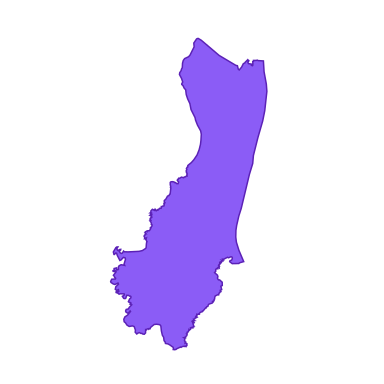 the district of Ban Phaeng, Nakhon Phanom, Thailand, rotated 34°
{"feature_id": "78962969B32872774308874", "entity_name": "Ban Phaeng", "entity_type": "district", "adm_level": 2, "iso_a3": "THA", "parent_name": "Thailand", "parent_adm1": "Nakhon Phanom", "projection": "robinson", "projection_center": [104.227, 17.874], "detail": "fine", "context": "isolated", "style": "filled", "palette": "violet", "viewbox_px": 384, "rotation_deg": 34, "n_neighbors": 0, "source": "geoboundaries", "source_scale": "gbopen_adm2", "svg_char_len": 6111}
<svg xmlns="http://www.w3.org/2000/svg" viewBox="0 0 384 384"><g transform="rotate(34 192 192)"><path d="M273.8,220.8L263.5,214.1L256.9,208.8L253.5,204.9L249.9,199.3L247.7,194.7L244.2,185.6L242.0,178.1L229.7,145.2L226.4,134.4L222.5,127.4L216.2,110.0L210.9,93.6L206.9,84.0L197.8,66.7L193.3,61.0L184.5,52.0L177.9,43.4L173.3,46.1L172.3,46.2L171.7,47.0L169.4,48.5L169.9,49.2L169.4,49.9L170.7,51.5L171.6,53.2L171.4,53.6L170.3,53.7L169.8,52.7L167.0,54.0L165.8,53.2L165.8,51.4L165.3,51.2L164.9,51.8L164.2,51.3L163.5,54.9L163.7,55.3L162.8,56.9L163.3,60.7L162.9,64.4L161.7,64.3L159.0,61.9L157.5,62.5L138.1,63.6L114.8,61.0L111.3,61.2L110.6,61.8L110.2,62.6L110.2,67.5L112.6,70.5L113.8,79.6L113.5,81.8L111.3,85.5L111.2,87.8L112.1,90.5L114.4,94.3L114.6,96.2L115.1,97.2L115.1,99.9L115.9,101.6L119.8,103.7L122.8,106.0L123.0,108.1L123.4,108.6L125.0,108.8L127.5,110.3L129.6,110.8L132.8,114.5L136.3,117.2L140.8,119.9L145.1,124.2L152.9,128.6L154.7,130.4L159.2,133.5L165.0,136.5L167.4,138.9L170.6,144.3L172.4,147.8L174.3,153.0L175.5,158.5L175.5,164.2L175.0,168.0L173.7,172.3L174.5,173.7L174.1,174.2L174.3,175.8L175.1,176.2L175.4,177.9L176.5,178.5L176.5,179.0L178.0,179.7L178.0,180.4L178.9,181.4L178.4,181.6L178.2,182.9L177.2,183.9L177.1,184.8L174.9,185.6L174.1,187.5L173.3,187.9L173.5,189.2L173.0,189.6L173.3,190.6L175.3,191.2L175.8,192.9L174.7,193.6L173.0,193.4L172.4,193.9L171.6,193.7L170.3,194.2L168.9,195.2L168.6,196.2L169.8,198.0L171.4,199.5L171.7,200.4L172.2,200.5L175.0,205.9L174.7,206.4L174.9,207.8L174.0,209.1L174.3,212.4L173.8,214.6L174.6,215.8L175.2,215.8L175.2,216.9L175.6,216.7L175.8,218.1L176.2,218.3L176.5,219.3L175.6,220.0L175.4,220.8L174.7,221.2L175.5,222.8L174.2,223.7L174.3,224.5L173.5,225.6L173.9,226.1L173.1,226.7L173.0,227.3L171.2,226.9L171.6,227.9L170.8,227.9L170.9,228.3L168.8,228.5L168.5,230.7L169.3,231.9L169.0,232.7L170.0,232.2L170.1,233.4L170.6,233.3L170.3,234.2L170.9,234.4L170.5,234.9L171.2,234.8L171.5,233.9L171.8,234.9L172.4,235.1L172.2,235.4L172.7,235.8L171.9,236.7L172.4,236.5L172.1,237.2L172.4,238.0L172.8,237.9L173.1,238.6L173.6,238.6L173.3,239.3L174.0,239.2L174.0,239.7L175.7,240.4L176.4,241.7L177.3,241.6L177.8,242.5L177.7,243.9L178.1,244.4L177.5,244.9L178.4,246.3L178.2,248.0L176.6,249.2L176.8,249.8L176.4,249.7L175.6,251.1L176.2,251.9L176.0,252.1L177.3,252.4L176.8,252.8L177.2,253.7L176.8,254.2L176.9,255.4L178.5,256.4L178.7,257.1L179.4,256.2L179.3,257.1L179.8,257.2L180.2,256.4L180.7,257.4L182.5,258.4L182.4,258.8L183.2,260.5L185.1,263.8L185.1,264.8L183.6,268.3L181.3,270.8L172.5,277.4L169.3,279.4L168.3,279.2L168.4,281.7L167.7,282.5L166.6,282.6L164.8,281.9L165.3,280.0L165.0,279.4L164.2,280.1L163.5,281.6L163.1,282.0L161.4,281.2L161.3,279.0L160.4,279.6L160.0,280.7L160.3,285.7L162.2,287.4L162.6,287.2L162.9,285.2L163.7,284.9L165.6,286.4L170.5,289.1L171.2,287.9L171.7,284.6L173.2,284.0L174.4,284.8L176.0,289.8L177.2,290.5L173.9,291.9L172.8,293.9L173.0,295.7L174.2,297.1L174.0,298.0L173.1,298.4L171.8,297.2L170.2,299.0L171.1,300.2L170.5,301.4L171.0,301.9L172.2,301.3L172.8,299.9L173.7,300.6L173.4,305.0L174.9,305.4L175.5,306.0L176.8,306.1L177.1,306.6L177.1,307.0L174.2,309.2L174.6,311.7L175.4,312.3L178.1,312.3L179.8,311.8L181.5,308.9L181.8,308.8L182.6,309.6L181.8,313.2L182.8,315.6L184.5,315.7L185.6,314.1L186.9,315.4L186.6,315.9L185.1,316.5L184.9,317.2L185.3,317.8L187.1,317.3L188.7,317.5L189.3,316.6L192.7,314.4L193.2,314.7L193.4,315.7L192.6,317.4L194.9,318.4L196.1,317.9L196.5,317.2L195.7,314.1L197.3,313.2L198.7,313.2L199.3,312.7L199.9,312.9L200.5,313.9L200.1,315.6L200.6,318.5L201.6,318.6L203.0,318.0L203.6,318.3L203.3,319.6L205.1,319.3L204.5,322.7L204.6,324.5L203.1,326.2L203.5,327.8L204.5,328.5L206.4,328.4L207.0,327.7L207.2,325.2L207.8,325.4L207.4,330.2L206.2,333.0L206.6,335.6L208.3,337.5L209.9,337.6L212.5,338.7L215.1,338.6L217.5,336.3L219.3,335.9L222.3,338.1L223.3,340.0L225.6,340.6L226.2,339.0L227.0,338.0L228.8,337.8L229.5,337.2L230.6,337.3L232.0,336.6L232.3,334.8L230.5,332.0L231.4,331.7L231.3,330.9L232.1,329.8L232.9,330.0L233.0,329.2L233.7,328.9L233.4,327.4L234.7,323.0L236.6,321.4L239.5,320.0L241.1,320.5L244.3,324.3L247.5,327.3L249.7,328.3L252.0,330.9L253.5,331.3L254.7,332.4L257.0,331.4L259.1,331.2L263.2,331.3L264.1,332.1L264.5,333.1L265.9,332.4L266.8,331.4L267.0,330.5L269.2,326.9L269.8,326.9L270.3,325.7L271.9,324.1L272.6,324.1L272.9,323.4L273.5,323.4L273.3,322.4L273.6,322.1L272.6,320.6L271.5,320.8L270.8,320.1L270.6,320.7L270.4,320.2L268.9,319.5L268.9,318.9L267.7,317.6L268.6,317.2L267.1,317.2L267.9,316.7L267.4,316.5L267.9,315.9L267.6,315.6L268.0,314.0L267.6,312.9L267.0,312.7L267.3,312.4L266.4,311.0L267.1,310.1L266.4,307.8L267.1,308.1L267.5,306.3L266.7,305.5L267.1,305.0L267.4,305.2L267.5,304.5L268.4,304.3L268.2,304.1L268.9,302.7L268.3,302.8L268.2,301.9L266.5,300.7L266.4,300.0L266.7,299.5L266.2,299.4L265.9,300.0L264.8,299.4L266.1,298.8L264.8,298.3L265.9,297.3L265.2,297.4L264.6,296.8L265.0,296.7L264.8,296.1L265.2,295.6L265.1,294.2L265.6,294.2L266.2,293.0L265.5,293.1L265.4,292.5L264.8,292.7L264.9,292.0L264.4,290.7L265.1,290.7L265.2,290.1L266.3,289.3L266.0,289.0L266.3,288.8L266.0,288.4L266.1,287.2L267.5,285.4L267.2,284.8L267.7,284.4L268.1,280.4L268.5,280.3L268.3,279.0L269.1,278.0L268.6,276.3L268.8,275.4L270.8,272.9L271.0,271.8L270.2,271.3L270.7,270.4L271.0,270.6L271.0,269.6L270.4,268.7L270.6,268.0L269.9,267.0L269.4,265.2L270.9,262.6L271.6,262.4L271.0,260.7L271.3,260.0L271.1,259.5L271.7,258.4L270.4,257.7L271.2,256.3L268.6,254.0L269.4,252.6L267.5,249.9L264.1,249.4L263.1,250.0L262.5,249.9L261.2,249.1L260.9,247.8L259.6,246.7L255.8,246.2L256.0,244.4L255.0,243.1L255.0,242.5L255.8,241.6L255.4,241.5L255.6,240.8L256.0,241.4L256.4,241.2L255.8,239.9L256.0,239.5L256.9,239.6L256.2,238.8L256.3,238.2L255.1,238.0L255.1,237.3L254.5,237.6L255.4,236.9L255.5,235.8L255.0,235.9L254.3,234.8L254.8,234.4L254.6,234.1L255.2,234.8L255.7,234.5L255.7,233.3L255.1,233.4L255.8,232.1L255.2,232.0L256.0,231.7L255.5,231.3L256.1,230.7L255.1,230.4L256.0,229.8L257.9,226.3L259.1,226.1L260.5,223.9L261.5,223.6L262.3,224.1L262.8,225.2L262.9,226.4L261.9,227.7L262.2,228.7L265.4,228.9L270.8,225.1L271.1,224.0L273.8,220.8Z" fill="#8b5cf6" stroke="#5b21b6" stroke-width="1.5"/></g></svg>